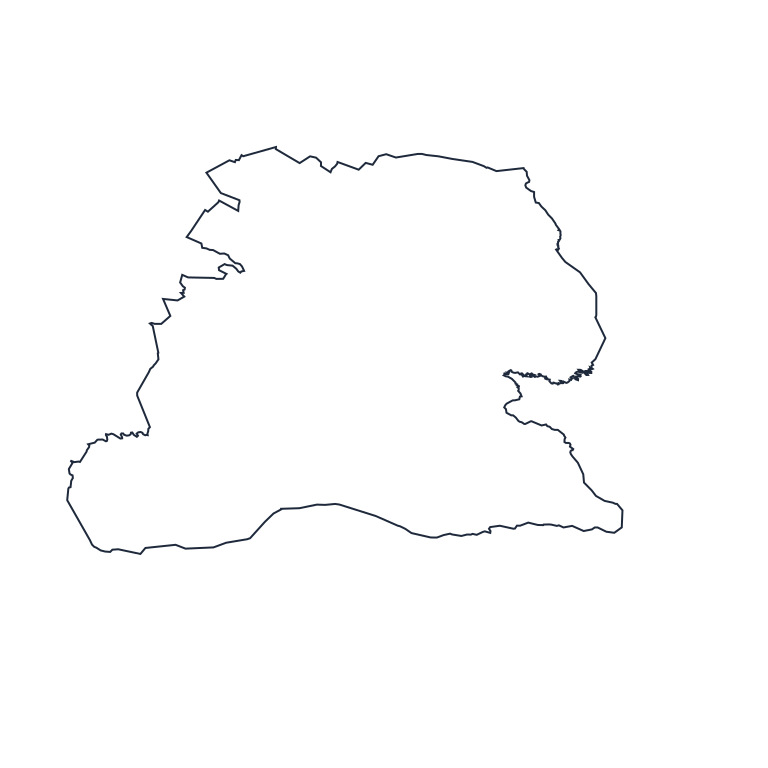 the district of Tirzas pag., Gulbene, Latvia, rotated 199°
{"feature_id": "27541924B64079205421183", "entity_name": "Tirzas pag.", "entity_type": "district", "adm_level": 2, "iso_a3": "LVA", "parent_name": "Latvia", "parent_adm1": "Gulbene", "projection": "equal_earth", "projection_center": [26.38, 57.123], "detail": "fine", "context": "isolated", "style": "outline", "palette": "slate", "viewbox_px": 768, "rotation_deg": 199, "n_neighbors": 0, "source": "geoboundaries", "source_scale": "gbopen_adm2", "svg_char_len": 6166}
<svg xmlns="http://www.w3.org/2000/svg" viewBox="0 0 768 768"><g transform="rotate(199 384 384)"><path d="M563.3,572.9L591.3,553.5L593.2,554.0L594.1,548.4L597.1,547.6L597.2,545.2L603.0,545.2L620.7,526.0L600.4,511.4L580.5,510.7L579.8,509.1L579.7,505.8L578.2,500.2L599.7,503.8L599.8,501.9L606.6,489.6L609.8,490.3L616.2,465.8L618.4,458.7L602.4,457.4L600.2,453.6L596.0,454.4L592.5,454.1L589.2,455.0L581.6,453.7L577.5,455.4L573.3,455.0L570.7,452.4L563.9,449.8L562.2,450.3L559.3,450.5L556.5,448.9L553.1,445.4L555.6,443.9L556.1,442.5L558.5,443.0L561.2,444.9L565.7,446.6L571.3,445.3L573.7,445.5L578.2,440.3L577.0,437.9L568.8,436.8L569.2,436.1L570.3,431.1L576.7,428.8L579.1,429.0L603.9,421.0L610.3,421.5L609.8,413.6L606.1,411.0L603.6,410.2L603.3,408.4L604.5,407.3L603.1,405.0L605.6,404.0L601.3,401.6L606.4,395.8L620.6,392.5L608.2,378.8L614.2,368.3L620.5,366.2L623.6,366.1L625.0,365.0L621.5,363.5L607.5,340.0L607.9,339.4L605.3,333.9L606.6,329.2L607.9,326.4L607.9,325.4L609.9,322.2L610.2,318.7L614.6,295.5L613.6,292.7L591.3,267.0L592.2,264.9L591.6,262.7L591.5,260.0L590.8,258.7L592.1,258.5L593.0,257.8L595.4,258.1L596.5,259.2L598.5,259.4L600.6,258.3L601.7,256.6L599.8,255.0L600.5,253.6L604.1,254.5L606.2,256.2L607.4,255.6L607.2,253.9L608.4,252.4L610.4,251.4L613.3,251.4L614.4,252.3L616.1,251.8L616.5,250.6L614.3,248.4L613.9,247.4L615.5,246.6L623.5,248.4L625.6,248.3L627.9,246.3L630.5,246.1L630.4,245.3L628.8,243.9L627.5,241.3L627.5,239.9L628.3,239.3L631.9,239.9L636.3,238.3L636.9,237.9L638.4,234.4L644.1,230.7L642.6,229.9L642.3,228.3L643.4,224.6L643.2,223.2L646.1,211.3L647.6,211.2L651.4,209.3L655.5,209.5L652.8,208.1L654.3,201.0L652.2,197.0L651.0,196.4L648.7,196.2L647.6,193.8L648.2,190.7L646.8,184.4L648.2,183.5L648.4,182.3L645.7,171.0L611.2,140.6L607.8,137.1L605.0,135.7L602.8,135.6L597.7,134.4L593.1,134.8L588.2,136.1L586.9,138.9L581.5,141.2L559.0,144.0L556.2,151.3L528.7,164.1L518.1,163.7L492.0,174.0L481.6,182.5L462.8,192.7L460.4,194.6L451.7,215.0L446.3,225.6L440.1,232.3L440.4,232.6L423.6,239.0L408.2,248.1L400.4,250.5L391.1,254.7L386.9,255.5L349.0,256.5L324.6,254.5L322.6,254.7L316.8,254.0L309.5,252.0L289.8,254.1L283.9,256.1L278.4,260.6L272.8,264.0L270.7,263.9L261.4,265.5L256.5,268.7L252.8,269.9L251.5,271.1L247.2,271.6L242.4,276.3L240.7,277.5L235.1,277.8L235.4,279.6L237.6,281.3L237.0,283.3L228.3,287.7L214.5,289.3L213.1,290.0L212.2,293.3L209.1,294.4L202.5,299.9L192.6,300.8L187.5,302.4L187.4,303.0L182.7,304.8L180.2,305.5L174.4,306.1L172.6,307.3L167.6,306.8L159.9,311.1L147.3,310.0L140.1,314.2L138.0,317.0L135.2,317.9L125.7,316.7L117.8,318.3L112.5,325.8L117.4,342.2L124.6,346.5L126.3,346.0L128.9,346.3L137.4,345.3L147.2,347.2L153.1,351.1L162.8,355.9L166.2,363.5L175.1,372.7L182.1,376.8L184.4,378.5L185.6,380.0L185.7,381.3L185.0,382.5L184.1,382.8L183.9,384.1L187.8,385.3L187.9,387.3L188.9,388.3L190.1,388.4L192.9,387.5L194.5,387.9L195.3,390.7L195.0,392.4L197.0,393.9L197.5,394.7L204.7,397.2L207.8,396.2L210.7,396.1L213.4,397.5L215.8,397.3L217.6,398.5L221.5,396.1L232.4,396.8L233.1,396.5L237.3,392.3L238.5,391.9L241.4,392.7L243.4,392.5L244.8,392.8L248.5,395.2L251.7,396.4L253.4,395.8L258.8,396.7L260.5,399.9L262.7,401.0L262.4,403.6L261.6,405.4L257.0,410.4L254.9,411.2L251.1,413.6L251.4,416.3L249.9,417.1L251.9,419.5L254.9,421.2L254.7,422.2L255.2,423.7L256.7,424.4L255.6,425.5L255.9,426.0L258.2,426.2L258.1,427.0L259.8,427.2L260.1,428.2L264.8,430.5L269.2,431.3L271.5,430.9L273.5,431.2L273.2,431.6L273.6,433.2L273.1,433.4L272.4,433.0L269.6,433.8L269.6,434.2L271.1,434.9L269.6,435.3L269.6,436.0L270.6,436.0L270.5,436.4L268.7,438.4L267.9,438.2L267.3,437.1L265.3,436.9L263.6,437.2L261.2,438.6L258.5,437.3L257.7,437.7L257.7,438.7L257.0,439.0L255.0,438.0L255.9,437.0L255.0,436.3L254.7,436.6L254.8,437.3L254.5,437.5L253.0,437.3L251.2,437.8L252.9,438.7L252.7,439.5L251.7,440.1L252.0,440.7L251.8,440.9L248.8,440.4L248.8,438.8L247.9,438.3L246.7,438.9L247.2,441.1L248.1,441.8L247.8,442.1L246.2,441.4L245.0,441.5L245.8,440.5L244.2,439.9L243.6,439.8L243.0,440.7L241.1,440.9L238.9,442.7L241.0,443.6L240.6,444.1L238.9,444.1L238.1,443.3L236.8,443.0L234.9,443.1L233.2,443.8L232.9,443.4L233.8,442.7L233.4,441.6L232.2,441.5L232.2,442.3L231.4,442.5L230.7,441.7L228.7,442.1L228.4,440.4L225.9,439.1L224.6,439.3L224.4,440.4L223.9,440.6L222.3,440.4L220.9,440.8L219.5,440.1L218.9,440.5L219.2,441.7L218.0,441.7L217.0,442.6L217.1,443.3L218.6,444.3L217.1,444.7L216.5,444.1L216.5,442.9L215.9,442.7L214.8,443.2L214.6,443.9L214.8,444.7L212.0,444.4L211.0,445.1L209.7,447.1L209.6,447.9L210.1,448.6L208.6,448.8L208.8,449.4L207.7,450.5L209.6,451.2L207.9,453.2L207.5,453.4L206.7,452.5L205.1,451.8L204.9,451.1L204.5,450.8L201.8,450.8L202.1,452.0L203.9,452.7L204.7,453.6L203.4,454.3L200.7,455.0L200.6,455.4L201.9,455.6L201.5,456.7L204.6,456.2L206.7,456.4L206.5,457.2L204.9,458.8L201.0,459.2L202.2,460.4L201.9,460.8L204.1,460.5L204.6,460.8L202.7,461.4L200.7,461.0L195.6,458.4L194.0,459.0L195.1,460.1L195.0,460.8L197.6,460.9L198.1,461.6L197.8,461.9L195.4,462.6L193.3,461.4L191.6,461.9L192.0,463.1L195.2,464.0L195.3,464.3L193.5,464.8L193.4,465.2L194.5,465.4L194.0,466.0L194.4,466.6L192.1,465.9L191.6,466.3L193.6,467.0L193.4,467.5L193.7,468.9L192.5,470.1L194.6,471.9L192.2,476.3L189.6,499.4L205.9,515.9L205.5,516.6L205.7,518.3L211.9,536.3L213.2,539.0L223.2,545.1L235.0,553.4L252.2,558.4L256.7,561.1L265.0,567.1L264.4,567.7L263.1,567.5L262.7,569.0L264.1,570.3L264.0,571.2L265.3,572.0L265.0,572.9L265.6,573.3L265.3,574.2L265.7,575.2L265.2,576.0L265.8,577.0L264.9,577.5L264.6,579.1L265.4,580.6L265.4,582.3L266.0,583.2L266.9,585.8L267.5,586.3L269.1,586.3L268.7,587.3L273.5,590.6L274.1,591.5L279.1,595.2L283.9,597.6L288.0,600.8L292.9,603.0L296.5,605.5L299.6,605.0L303.0,609.8L304.6,614.4L307.9,614.3L313.5,616.0L315.0,617.8L315.1,619.3L314.9,620.1L312.6,622.4L312.9,624.1L316.6,627.5L318.2,631.1L321.8,632.9L322.3,633.6L347.0,621.9L356.5,622.5L357.4,621.8L360.6,622.5L372.6,622.8L392.9,619.0L406.7,617.0L418.5,614.3L423.0,613.9L427.0,612.5L446.5,602.0L456.7,602.0L463.3,597.6L466.1,587.6L473.3,587.1L477.7,578.4L500.2,578.8L500.0,576.9L501.2,573.7L503.3,570.4L503.5,566.8L514.6,569.6L515.7,573.1L521.9,575.9L528.0,575.2L535.7,565.4L562.8,570.9L563.3,572.9Z" fill="none" stroke="#1e293b" stroke-width="2"/></g></svg>